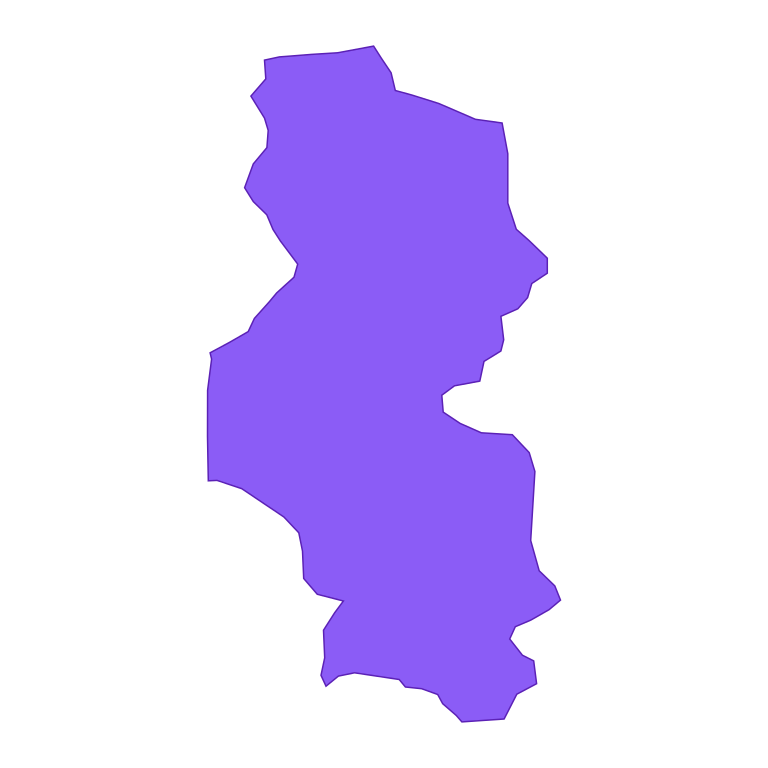 Alvesta, Kronoberg, Sweden
{"feature_id": "70781695B73042132081687", "entity_name": "Alvesta", "entity_type": "district", "adm_level": 2, "iso_a3": "SWE", "parent_name": "Sweden", "parent_adm1": "Kronoberg", "projection": "equal_earth", "projection_center": [14.526, 56.874], "detail": "fine", "context": "isolated", "style": "filled", "palette": "violet", "viewbox_px": 768, "rotation_deg": 0, "n_neighbors": 0, "source": "geoboundaries", "source_scale": "gbopen_adm2", "svg_char_len": 1272}
<svg xmlns="http://www.w3.org/2000/svg" viewBox="0 0 768 768"><path d="M208.3,480.8L217.0,480.4L241.8,488.7L264.1,503.7L283.9,517.0L298.8,532.8L302.5,551.1L303.7,578.5L317.3,594.3L343.4,601.0L334.7,612.7L323.5,630.2L324.7,657.8L321.0,675.3L326.0,686.2L338.4,676.1L354.5,672.8L399.2,679.5L405.4,687.0L421.6,688.7L437.7,694.5L442.7,703.7L456.3,715.5L461.9,721.9L504.1,719.0L516.8,694.2L536.6,683.7L533.7,660.9L522.4,655.2L509.7,639.0L515.3,626.7L530.8,620.1L549.2,609.6L552.5,606.8L560.5,600.1L554.8,585.9L539.2,570.8L530.7,540.5L534.9,471.5L529.2,452.6L512.3,434.7L481.3,432.8L460.1,423.4L443.2,412.1L441.8,395.2L454.5,385.8L479.8,381.1L484.0,361.4L500.9,351.0L503.7,339.8L500.9,316.3L517.8,308.8L527.6,297.6L531.8,283.5L547.3,273.2L547.3,258.2L529.0,240.5L516.3,229.3L507.8,203.1L507.8,153.7L502.1,123.0L475.4,119.3L438.8,103.5L412.1,95.1L395.3,90.5L391.1,72.8L381.2,58.0L373.6,46.1L337.4,52.8L311.5,54.4L291.3,56.0L279.4,56.9L264.5,60.1L265.8,78.9L250.9,96.1L264.5,118.1L268.2,130.4L266.9,147.6L253.3,163.9L244.6,187.7L253.3,201.6L266.8,214.8L273.0,229.5L280.4,241.0L297.7,264.1L294.0,277.2L276.7,292.9L269.2,301.9L254.4,318.4L248.2,331.6L229.6,342.3L210.1,352.8L211.6,359.1L207.6,390.3L207.5,436.3L208.3,480.8Z" fill="#8b5cf6" stroke="#5b21b6" stroke-width="1.5"/></svg>